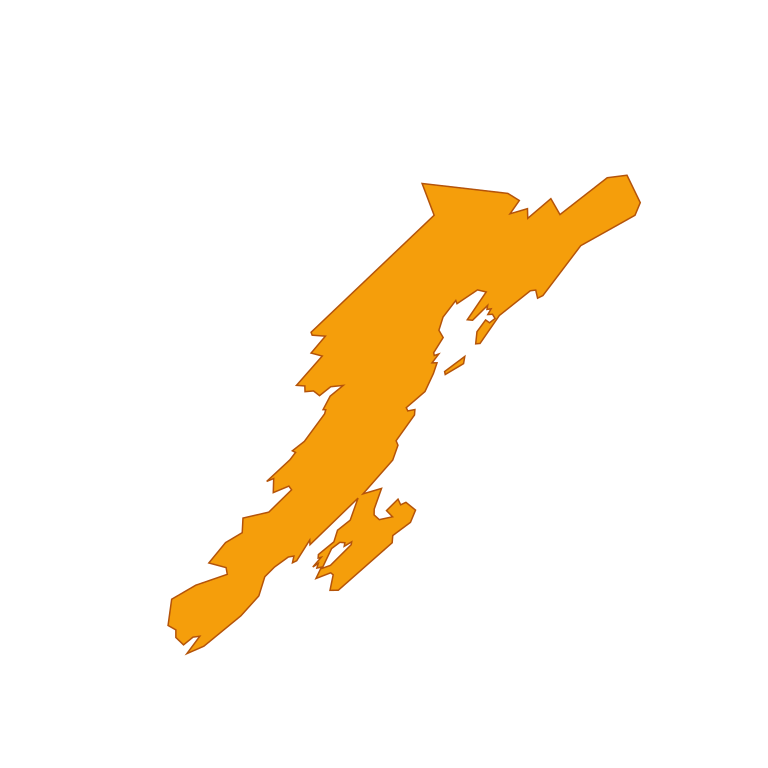 outline of Tranøy nor, Troms, Norway, rotated 323°
{"feature_id": "86288312B72673303782724", "entity_name": "Tranøy nor", "entity_type": "district", "adm_level": 2, "iso_a3": "NOR", "parent_name": "Norway", "parent_adm1": "Troms", "projection": "robinson", "projection_center": [17.384, 69.178], "detail": "medium", "context": "isolated", "style": "filled", "palette": "amber", "viewbox_px": 768, "rotation_deg": 323, "n_neighbors": 0, "source": "geoboundaries", "source_scale": "gbopen_adm2", "svg_char_len": 1951}
<svg xmlns="http://www.w3.org/2000/svg" viewBox="0 0 768 768"><g transform="rotate(323 384 384)"><path d="M535.1,246.8L525.6,279.4L356.9,298.8L356.0,301.8L366.0,310.5L344.4,315.4L351.5,324.5L313.3,332.4L319.6,337.9L316.3,342.6L323.5,347.1L325.5,354.5L339.8,354.1L350.6,360.6L333.7,361.3L319.9,367.8L322.0,369.5L318.6,372.1L285.9,381.9L270.6,382.2L272.2,385.4L263.3,387.9L231.7,391.2L239.0,393.1L230.2,404.1L246.6,408.3L246.5,412.9L214.9,417.0L190.7,406.2L181.3,417.4L162.0,415.3L136.4,421.5L147.4,435.6L144.3,441.7L112.6,431.4L84.9,428.1L66.2,446.9L69.8,455.1L65.2,461.2L66.9,471.7L79.1,471.2L85.1,474.6L64.3,480.7L82.4,485.0L130.2,483.0L156.5,477.9L172.8,466.2L186.3,464.3L203.5,464.6L208.5,467.2L203.3,471.7L207.9,472.6L230.8,463.9L228.2,467.8L294.6,459.5L275.1,472.4L258.9,472.8L249.0,479.9L229.0,480.7L226.6,483.4L229.6,484.6L217.0,487.3L223.6,487.7L219.6,490.6L225.1,493.2L243.1,483.9L253.5,483.9L257.2,487.2L254.5,489.7L263.2,490.6L261.1,492.6L232.1,496.6L222.1,493.5L212.6,498.4L227.8,502.7L228.6,505.8L216.7,516.3L223.4,521.2L295.0,515.7L299.8,510.3L321.9,510.4L333.3,503.7L330.3,491.7L324.6,490.5L325.9,484.4L309.8,486.6L310.9,495.2L298.6,489.5L297.3,482.6L300.9,478.0L319.2,465.9L301.1,459.1L345.2,450.0L358.3,441.3L359.5,436.6L389.7,427.1L393.3,423.0L386.8,419.8L387.5,416.3L412.2,414.7L429.7,405.4L439.1,399.0L435.1,396.0L445.8,393.0L441.3,391.5L442.5,388.9L459.2,382.5L460.2,374.1L471.4,366.1L491.6,360.5L490.6,363.8L515.3,365.1L521.0,372.0L489.2,382.8L493.1,386.4L514.1,383.6L511.1,386.4L514.8,388.4L508.7,391.0L512.6,393.6L512.1,398.5L505.1,398.6L503.7,394.0L489.7,398.2L481.4,407.1L485.1,409.4L517.4,398.7L557.0,397.6L561.7,400.3L558.3,407.9L564.1,409.0L624.4,391.9L686.0,400.3L697.8,393.4L703.7,363.5L686.4,353.6L626.5,354.6L628.8,336.4L598.5,338.2L604.1,330.3L587.1,323.9L602.5,318.9L597.6,306.3L535.1,246.8ZM465.1,410.6L439.9,410.5L438.6,413.3L459.8,415.6L465.1,410.6Z" fill="#f59e0b" stroke="#b45309" stroke-width="1.5"/></g></svg>